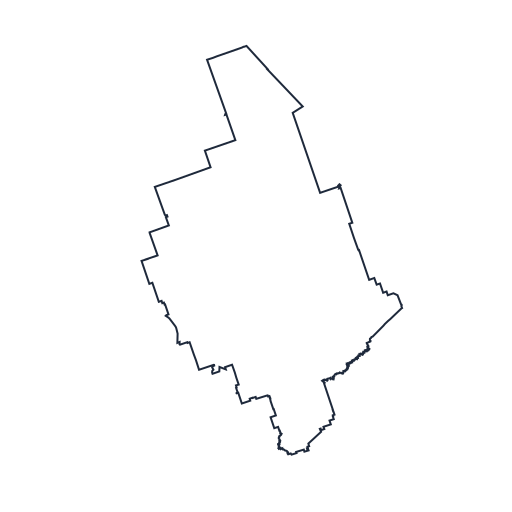 Bland, New South Wales, Australia (Robinson projection), rotated 63°
{"feature_id": "25037944B54195415642362", "entity_name": "Bland", "entity_type": "district", "adm_level": 2, "iso_a3": "AUS", "parent_name": "Australia", "parent_adm1": "New South Wales", "projection": "robinson", "projection_center": [147.412, -33.919], "detail": "fine", "context": "isolated", "style": "outline", "palette": "slate", "viewbox_px": 512, "rotation_deg": 63, "n_neighbors": 0, "source": "geoboundaries", "source_scale": "gbopen_adm2", "svg_char_len": 6107}
<svg xmlns="http://www.w3.org/2000/svg" viewBox="0 0 512 512"><g transform="rotate(63 256 256)"><path d="M64.5,169.1L64.2,171.4L63.9,172.1L63.9,174.0L60.3,200.3L59.9,204.5L58.9,210.5L115.8,217.9L115.6,218.9L116.2,219.5L116.4,218.1L143.4,221.8L138.9,253.7L156.3,256.2L151.5,293.8L148.5,314.8L177.7,318.5L178.3,318.4L178.8,318.0L179.0,317.5L179.1,316.8L180.7,317.0L180.5,318.7L189.2,319.8L186.6,340.1L187.2,340.3L210.8,343.4L209.1,355.0L209.3,354.9L208.4,360.2L232.4,363.7L232.8,360.5L252.7,363.4L253.1,360.5L255.5,360.9L255.7,359.2L257.8,359.5L257.9,359.0L268.3,360.5L268.0,362.7L268.3,363.6L271.1,362.0L272.4,361.5L280.6,360.0L282.5,359.7L284.0,359.8L289.6,361.1L297.7,365.5L297.9,363.1L299.9,364.2L300.5,364.0L301.6,356.4L302.4,356.5L302.7,354.3L315.5,356.1L321.6,356.8L331.5,358.4L333.8,343.0L334.0,342.8L334.7,343.0L334.6,344.5L335.3,345.6L338.0,345.6L338.3,346.7L338.6,347.2L339.9,348.0L341.2,348.2L342.2,341.1L338.3,338.9L343.3,334.4L341.0,334.0L342.0,326.7L350.3,327.8L355.6,328.8L362.7,329.8L362.2,332.6L364.4,333.0L364.4,333.6L368.5,334.2L369.1,334.9L369.3,335.6L369.5,335.6L369.8,333.9L381.0,335.6L382.3,326.8L380.3,326.4L380.7,323.4L381.0,323.4L381.4,320.3L383.4,320.6L385.4,309.0L385.6,308.8L386.6,309.0L386.9,307.6L389.0,307.8L388.9,308.2L391.0,308.5L391.5,308.8L400.3,310.1L400.4,309.7L407.1,310.7L406.3,316.2L417.7,317.9L418.3,313.9L422.3,314.5L422.4,314.1L424.5,314.4L424.5,314.7L424.8,314.9L425.0,314.8L425.1,314.4L425.9,314.0L426.1,314.7L426.6,314.6L426.8,314.9L426.8,315.2L427.1,316.2L426.9,316.6L427.1,317.1L427.4,317.0L427.9,317.4L428.2,318.2L429.1,318.6L430.1,318.2L430.9,318.3L431.0,318.7L431.6,318.4L431.7,318.6L432.0,318.6L432.3,318.8L432.0,319.4L432.3,319.8L432.6,319.8L432.6,319.3L432.8,319.2L433.5,320.2L433.6,320.4L433.3,320.6L433.5,321.1L433.8,321.3L433.6,321.7L433.9,321.9L434.3,321.8L434.8,321.9L434.9,321.6L435.0,321.8L435.5,321.7L435.4,322.0L435.7,322.1L436.1,321.9L436.2,322.2L436.4,322.2L436.4,322.4L436.8,322.6L437.3,323.2L437.5,323.0L438.0,323.1L437.9,322.5L438.4,322.3L438.1,321.9L438.2,321.4L438.7,321.6L438.8,321.1L439.2,321.2L439.1,320.8L439.3,320.6L439.3,320.1L439.6,320.3L439.8,320.0L440.1,320.1L440.6,319.9L440.7,319.3L441.1,319.2L441.4,318.8L442.1,318.6L442.7,318.3L443.0,317.7L443.8,317.0L444.7,316.9L445.3,317.3L445.9,317.4L446.1,317.2L446.0,316.7L446.6,316.8L446.5,317.2L446.7,317.5L447.3,317.4L447.7,314.7L449.1,314.5L450.0,309.4L448.8,309.2L450.2,301.3L452.3,301.7L453.1,297.4L451.5,297.2L451.4,298.1L450.4,297.9L450.5,296.9L449.3,296.7L449.6,295.0L446.9,294.5L442.2,277.8L439.0,277.6L439.1,276.8L440.7,277.1L441.2,273.7L438.8,273.4L440.0,265.8L436.0,265.2L436.7,260.8L433.6,260.3L433.6,259.9L432.8,259.8L433.0,258.1L429.7,257.6L429.6,257.8L427.8,257.5L427.8,257.3L400.5,253.2L400.2,252.4L399.0,252.8L399.0,253.0L397.2,253.7L397.0,252.2L397.4,251.7L397.1,251.5L397.1,251.2L398.1,250.4L398.0,249.9L398.3,249.8L398.3,249.3L399.4,249.2L399.3,248.8L398.3,248.7L397.8,248.2L398.0,247.3L398.3,246.8L398.2,246.5L398.3,245.9L398.5,245.5L399.1,245.4L398.6,244.9L399.3,244.6L399.4,244.0L400.3,243.9L400.1,243.1L400.2,242.9L400.9,242.7L400.6,242.4L400.0,242.2L399.9,242.7L399.7,242.8L399.4,242.4L399.5,241.9L399.3,241.8L398.8,242.4L398.4,242.4L398.4,241.3L398.7,240.8L398.4,240.5L398.0,240.6L397.2,239.0L397.3,238.3L397.9,238.0L397.8,237.7L397.4,237.4L397.7,237.1L397.6,236.4L398.0,236.0L397.9,235.3L398.2,235.0L398.2,234.6L397.9,234.3L398.3,234.0L398.7,233.2L399.2,233.2L399.5,232.6L400.0,232.5L400.3,232.0L400.1,231.6L399.7,231.6L399.2,231.3L399.0,230.9L398.2,230.4L398.5,230.0L398.4,229.6L398.6,229.4L399.2,229.4L399.3,229.2L399.2,228.9L398.7,228.8L398.3,228.2L398.8,227.5L398.7,227.2L398.3,227.2L398.2,226.9L398.5,226.1L398.3,225.9L397.5,226.2L397.3,225.8L397.9,225.4L397.9,225.2L397.5,224.9L396.5,224.7L396.3,225.1L396.0,224.9L396.1,224.6L396.7,224.2L396.3,223.8L396.1,223.1L395.8,223.1L395.7,223.4L396.1,223.7L396.0,223.9L395.6,223.9L395.3,224.3L394.9,224.2L395.0,224.5L393.7,224.4L393.7,223.9L393.1,223.8L393.3,223.4L393.2,223.2L393.8,222.9L393.7,222.5L393.6,222.2L394.0,222.2L394.2,221.9L393.8,221.8L394.1,221.3L394.1,221.1L393.9,221.0L393.4,221.2L393.3,220.8L393.6,220.6L394.3,220.6L394.5,220.1L394.1,219.4L394.3,219.0L394.0,218.9L393.6,219.3L393.4,219.3L393.3,218.6L393.7,218.6L393.9,218.4L393.1,218.1L393.6,217.6L393.4,217.2L393.5,216.7L393.3,216.7L392.9,217.1L392.7,217.0L392.9,216.5L393.2,216.1L393.5,216.2L393.5,216.5L393.8,216.3L393.7,215.9L393.3,215.8L393.1,215.2L393.8,215.2L392.9,215.0L393.2,214.4L392.7,214.0L393.3,213.3L392.8,213.1L393.4,212.7L393.2,212.6L392.5,212.7L392.8,212.0L392.2,212.1L392.0,211.9L392.8,211.3L392.5,211.2L392.2,211.5L391.9,211.5L391.7,211.1L391.7,210.7L391.3,210.2L391.5,210.1L392.0,210.2L391.9,209.6L392.1,209.1L391.5,209.0L391.1,209.2L391.1,208.5L390.6,208.5L390.4,208.4L391.2,207.5L390.7,207.2L391.2,206.7L390.8,206.5L391.2,206.0L391.2,205.3L391.8,205.4L392.2,205.8L392.4,205.8L392.4,205.6L391.8,204.9L391.1,204.7L391.0,204.2L391.4,203.9L391.4,203.6L390.6,203.8L390.6,204.4L390.2,204.2L390.0,203.9L390.8,203.1L390.8,202.7L390.6,202.5L390.1,202.3L389.9,202.0L389.4,201.8L389.5,201.1L389.8,200.7L390.1,200.7L390.7,201.2L391.3,200.6L391.2,200.4L390.4,200.2L390.1,199.7L389.8,199.5L390.1,198.9L390.4,198.8L390.9,199.0L391.1,199.0L391.1,198.7L390.4,198.1L389.9,198.0L389.9,197.9L390.5,197.5L390.3,197.1L389.8,197.2L389.1,198.0L388.5,198.3L388.2,198.1L388.1,197.6L387.8,197.2L387.6,197.4L387.6,197.8L387.3,198.0L387.1,197.8L387.1,197.0L386.9,196.7L384.3,197.0L383.7,196.8L383.9,195.6L383.9,194.4L384.1,193.8L384.1,192.8L383.7,192.5L383.2,192.8L382.8,192.8L381.4,192.0L381.3,190.9L380.6,189.9L380.8,188.7L376.0,174.2L375.0,171.8L373.8,167.7L373.2,165.1L368.7,150.1L368.7,149.5L366.5,149.2L365.9,148.4L365.4,148.4L365.2,148.6L364.8,148.7L355.2,147.7L351.6,150.5L350.8,156.4L346.9,155.8L346.5,159.4L336.8,158.0L336.3,161.5L329.3,160.6L328.6,166.0L297.5,161.5L297.5,162.0L296.8,162.1L284.2,160.5L269.6,158.3L270.1,155.1L233.8,149.7L233.5,151.2L231.9,149.5L231.4,148.5L230.0,149.1L230.7,151.0L231.6,151.1L228.8,170.2L145.1,158.3L144.0,146.5L94.7,161.2L94.7,160.8L64.5,169.1Z" fill="none" stroke="#1e293b" stroke-width="2"/></g></svg>